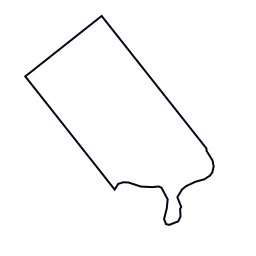 Sully, South Dakota, United States of America, rotated 232°
{"feature_id": "52423323B41548750764016", "entity_name": "Sully", "entity_type": "district", "adm_level": 2, "iso_a3": "USA", "parent_name": "United States of America", "parent_adm1": "South Dakota", "projection": "orthographic", "projection_center": [-100.502, 44.723], "detail": "fine", "context": "isolated", "style": "outline", "palette": "ink", "viewbox_px": 256, "rotation_deg": 232, "n_neighbors": 0, "source": "geoboundaries", "source_scale": "gbopen_adm2", "svg_char_len": 503}
<svg xmlns="http://www.w3.org/2000/svg" viewBox="0 0 256 256"><g transform="rotate(232 128 128)"><path d="M231.9,78.8L87.7,79.6L90.0,85.9L88.1,90.9L84.9,94.7L73.8,102.2L66.4,110.8L63.0,116.2L60.3,117.6L47.3,115.3L40.8,109.1L34.0,100.3L28.9,98.8L26.3,100.8L23.5,110.1L25.8,114.8L32.2,119.3L33.1,121.4L43.1,124.3L46.3,132.7L46.4,138.0L44.1,148.2L40.6,156.5L40.0,163.1L41.1,167.1L44.9,171.8L50.4,174.6L61.5,175.8L63.6,177.2L232.5,176.2L231.9,78.8Z" fill="none" stroke="#020617" stroke-width="2"/></g></svg>